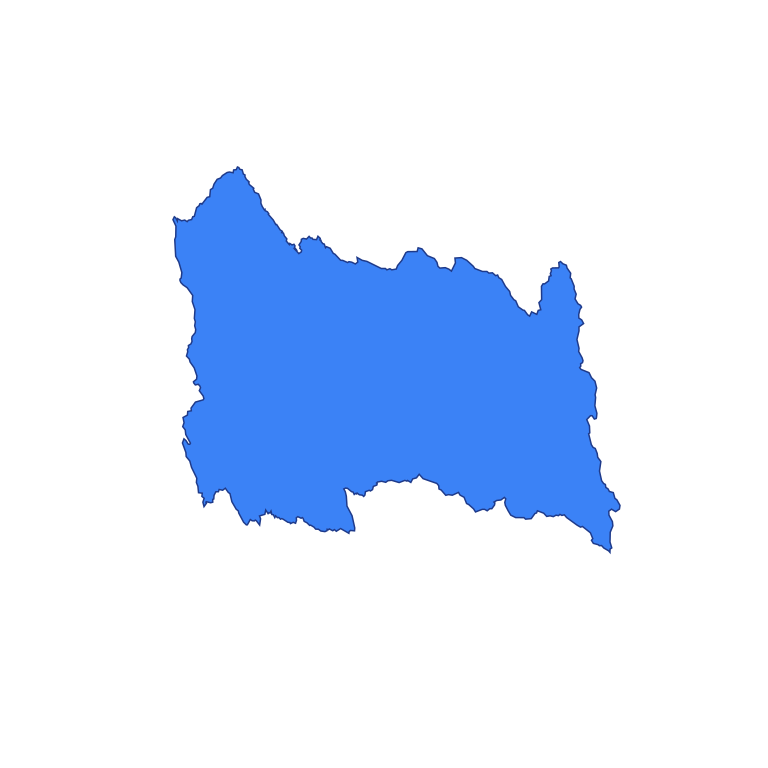 the district of Chaparral, Tolima, Colombia, rotated 148°
{"feature_id": "7082276B10096367300511", "entity_name": "Chaparral", "entity_type": "district", "adm_level": 2, "iso_a3": "COL", "parent_name": "Colombia", "parent_adm1": "Tolima", "projection": "equal_earth", "projection_center": [-75.57, 3.753], "detail": "fine", "context": "isolated", "style": "filled", "palette": "blue", "viewbox_px": 768, "rotation_deg": 148, "n_neighbors": 0, "source": "geoboundaries", "source_scale": "gbopen_adm2", "svg_char_len": 6171}
<svg xmlns="http://www.w3.org/2000/svg" viewBox="0 0 768 768"><g transform="rotate(148 384 384)"><path d="M393.3,645.7L395.7,644.1L398.1,645.2L400.0,643.1L402.8,645.7L405.0,646.5L410.6,646.4L413.4,645.3L417.0,646.0L422.2,643.6L425.5,640.8L428.2,640.8L432.5,635.2L435.1,636.0L443.1,633.0L443.5,634.1L444.8,634.4L446.2,633.2L449.5,632.8L456.0,626.7L457.5,627.2L460.0,625.4L463.1,626.5L464.9,626.0L466.1,628.6L469.2,629.7L471.4,633.6L472.9,631.7L472.6,635.4L473.2,636.9L475.9,635.2L476.8,628.1L482.6,619.2L484.9,617.4L493.0,602.7L493.4,596.1L496.4,585.6L499.8,581.4L501.4,581.1L502.2,579.8L502.5,577.6L501.9,574.6L499.9,570.0L499.3,560.5L502.9,555.5L504.9,547.2L510.1,540.1L511.0,536.8L513.7,533.7L514.8,530.0L516.8,527.6L521.5,526.0L523.1,524.3L524.2,521.9L526.5,520.3L529.5,520.3L530.4,518.4L532.5,517.3L533.4,515.3L536.7,512.4L535.9,508.3L536.8,505.4L536.4,498.3L538.4,489.9L540.4,487.4L544.4,486.9L544.8,485.8L544.5,483.2L541.7,482.2L541.2,479.8L541.6,478.0L544.2,476.2L543.7,469.7L544.5,467.0L545.9,466.4L553.5,468.6L560.4,465.8L561.6,463.4L565.0,464.7L567.2,461.8L572.2,462.1L574.1,457.1L577.3,454.5L576.9,450.4L578.9,446.2L579.5,436.4L580.7,435.8L581.9,436.7L581.9,440.9L582.7,443.5L586.2,440.8L588.3,430.9L590.2,427.3L589.5,421.6L591.4,415.3L592.7,403.3L595.3,399.9L596.0,395.9L598.9,390.1L596.0,387.7L598.0,385.2L597.1,382.4L600.2,379.8L601.6,375.4L597.7,377.0L597.7,378.2L597.0,378.3L594.0,375.2L591.9,374.5L590.4,376.9L589.3,376.7L587.2,379.6L583.7,381.7L581.5,380.4L579.7,381.9L577.1,379.4L573.8,379.7L573.5,374.5L572.7,372.7L575.4,364.7L575.7,356.1L574.8,353.7L575.6,351.3L576.3,341.2L575.4,337.5L574.5,337.0L569.2,339.9L568.3,337.9L566.5,336.6L565.3,336.8L564.7,335.7L564.2,330.3L560.1,335.1L559.5,338.1L554.1,336.6L551.1,339.8L551.0,335.5L549.7,335.9L549.1,335.0L547.2,336.1L548.3,332.8L547.1,331.7L547.4,328.6L545.8,329.6L545.2,327.1L543.9,326.5L543.4,324.2L542.0,324.0L541.2,322.8L538.8,317.7L537.1,316.3L537.3,315.2L534.3,314.8L532.8,312.8L530.4,314.8L529.3,317.0L527.4,317.2L525.4,314.1L524.1,314.0L523.8,312.9L524.5,309.8L522.9,307.2L522.0,303.5L521.0,303.2L519.2,299.6L518.9,297.2L516.5,295.5L515.5,292.8L512.3,290.1L510.0,289.8L509.2,290.9L508.3,289.8L507.2,290.1L505.2,286.7L503.2,286.8L502.5,284.4L497.4,284.4L492.9,276.0L491.8,277.3L490.1,277.6L486.8,275.1L485.1,277.4L480.9,289.2L480.1,300.1L475.4,308.8L473.9,313.2L473.7,316.3L471.7,316.1L470.2,314.8L468.6,309.9L467.5,308.8L467.8,306.1L466.2,306.3L465.5,305.3L464.6,305.8L463.6,303.1L461.3,301.2L460.8,299.4L459.1,299.9L456.8,302.5L452.9,301.7L452.2,300.5L449.7,300.5L447.3,302.8L443.7,302.1L442.6,303.1L442.8,304.0L441.4,304.3L437.6,302.8L434.6,299.7L432.0,299.9L428.6,298.3L423.4,292.4L417.4,291.2L416.0,289.5L415.1,289.7L413.4,286.3L410.0,288.3L406.2,287.2L402.0,288.8L401.0,283.0L391.9,271.7L391.5,268.8L393.0,265.8L391.7,263.8L390.6,256.9L387.9,256.0L385.0,253.5L378.3,252.6L378.4,249.5L376.1,245.5L377.3,238.9L376.0,236.8L374.2,230.6L374.2,227.0L367.0,225.6L365.1,224.4L363.7,221.8L360.4,222.2L358.6,221.1L354.4,222.8L353.0,224.4L353.3,225.6L350.1,225.5L346.3,223.7L342.0,224.0L341.6,222.1L344.3,219.6L345.4,216.8L345.9,210.7L346.0,205.6L343.1,200.9L336.1,196.5L335.6,194.4L330.5,191.8L324.6,194.2L323.0,193.8L321.1,195.2L317.0,189.8L316.2,185.5L313.0,184.2L310.7,181.8L307.6,181.6L305.8,179.9L303.9,180.2L302.8,178.3L300.4,177.5L299.9,174.0L295.1,162.1L293.2,158.5L291.2,158.0L287.8,148.5L288.9,142.2L290.9,141.5L290.9,137.9L287.4,134.1L287.1,132.8L285.1,131.7L284.5,128.4L281.9,123.5L281.6,121.5L279.8,124.2L277.7,124.3L276.1,130.2L270.7,138.4L265.1,142.4L263.2,146.3L262.7,153.6L260.8,157.0L257.4,157.3L255.2,153.0L250.6,153.2L248.2,156.0L247.9,162.5L248.8,164.6L247.1,170.4L249.8,173.4L249.6,176.5L250.7,178.7L249.5,181.5L250.5,183.2L250.7,186.7L247.4,196.0L241.2,203.3L241.6,208.6L240.0,212.1L239.0,217.4L240.3,219.4L240.3,222.7L236.8,233.4L235.4,233.5L232.0,239.5L230.9,246.4L225.7,247.7L224.3,246.8L224.2,242.8L222.3,242.3L221.3,243.3L219.0,246.3L216.7,253.8L211.7,260.4L210.7,263.0L205.8,267.9L203.6,274.6L204.7,279.4L204.1,284.9L209.2,292.0L209.4,294.2L207.7,294.8L206.5,297.0L204.4,296.9L202.9,298.3L202.1,301.3L201.7,308.4L199.7,310.9L196.8,319.5L190.5,325.7L188.4,329.1L182.7,329.5L182.4,333.6L183.8,336.7L182.0,339.8L178.3,343.4L175.7,344.5L175.6,346.5L177.0,349.2L176.9,354.9L173.4,358.4L172.5,363.8L170.9,366.2L169.5,374.0L169.9,375.3L167.0,379.0L167.3,385.4L166.4,388.1L168.6,391.2L169.4,394.3L171.4,394.4L173.3,390.6L174.4,390.0L179.6,393.1L181.6,393.1L182.1,391.2L184.5,389.4L184.9,387.3L186.9,387.7L189.8,384.2L194.7,383.8L196.1,384.7L198.7,383.4L205.6,372.0L209.5,370.9L211.7,363.9L214.2,364.7L217.5,362.1L220.6,366.9L224.5,364.4L225.5,366.6L225.9,372.0L227.1,373.2L229.2,378.3L228.2,384.8L229.2,386.7L229.7,392.1L228.4,395.9L229.3,402.4L228.8,410.3L230.3,413.3L229.9,416.2L231.9,416.7L233.1,420.8L236.3,422.5L237.1,424.9L240.9,427.3L245.8,433.8L245.9,436.5L248.3,445.1L251.3,450.1L257.1,453.2L259.3,448.8L267.0,444.0L268.1,447.0L270.4,450.2L275.2,452.7L275.9,455.2L274.6,459.1L274.8,463.7L279.2,469.8L280.2,478.5L282.9,481.4L285.7,478.8L293.8,483.7L295.9,483.8L303.3,479.4L309.6,477.3L312.7,475.0L316.9,476.7L317.9,478.6L321.1,479.3L321.6,481.2L325.1,483.4L333.5,497.0L337.0,500.5L339.8,505.6L341.6,501.3L344.7,501.0L346.8,504.4L348.9,506.3L350.5,506.3L353.5,510.7L355.2,511.9L356.8,520.0L357.8,521.7L357.7,527.6L360.0,530.9L361.4,530.6L360.5,534.3L361.5,535.5L361.8,538.0L361.3,539.4L362.0,540.1L360.9,541.3L361.7,544.3L364.7,542.2L367.6,544.3L367.7,546.0L368.9,546.7L369.3,548.9L372.9,548.0L375.3,550.3L377.4,550.5L378.6,548.8L382.4,547.0L382.3,544.8L383.5,543.6L382.9,541.2L384.1,539.9L387.1,539.7L388.2,545.5L387.2,544.5L387.5,547.4L386.3,548.2L386.3,550.2L388.3,550.7L389.4,553.1L390.4,552.4L391.1,557.0L389.5,558.6L390.0,562.4L389.3,565.3L390.5,566.6L389.3,567.3L390.4,569.8L390.5,576.2L391.3,576.5L391.0,581.7L392.2,589.1L391.5,589.4L391.6,591.8L393.0,594.1L392.3,595.2L393.2,595.4L393.2,599.1L392.6,602.6L390.8,605.3L389.7,611.7L392.1,615.1L391.6,618.6L390.7,619.0L392.5,624.5L392.1,626.5L391.3,626.8L392.3,630.6L392.0,633.7L391.1,634.9L392.0,636.6L390.8,640.8L392.5,642.5L392.4,644.5L393.3,645.7Z" fill="#3b82f6" stroke="#1e3a8a" stroke-width="1.5"/></g></svg>